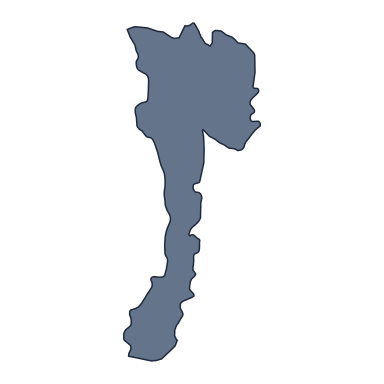 Ayutla, San Marcos, Guatemala (Equal Earth projection)
{"feature_id": "79465075B23985435861738", "entity_name": "Ayutla", "entity_type": "district", "adm_level": 2, "iso_a3": "GTM", "parent_name": "Guatemala", "parent_adm1": "San Marcos", "projection": "equal_earth", "projection_center": [-92.138, 14.706], "detail": "fine", "context": "isolated", "style": "filled", "palette": "slate", "viewbox_px": 384, "rotation_deg": 0, "n_neighbors": 0, "source": "geoboundaries", "source_scale": "gbopen_adm2", "svg_char_len": 4961}
<svg xmlns="http://www.w3.org/2000/svg" viewBox="0 0 384 384"><path d="M254.7,55.0L253.6,52.8L245.4,44.1L238.0,42.9L234.5,39.2L232.0,37.1L226.2,34.9L221.1,31.0L215.3,30.4L212.5,32.3L212.3,42.7L210.1,46.1L209.4,46.1L207.8,44.5L206.5,44.2L204.9,43.0L202.0,38.2L200.5,36.3L200.5,35.0L199.5,33.8L199.0,31.7L195.3,25.0L194.2,23.3L192.9,23.0L190.1,25.1L187.1,26.0L185.0,25.7L179.1,37.8L174.3,38.4L171.4,37.4L163.2,32.0L157.4,31.3L147.4,27.9L134.7,26.7L130.2,28.2L127.3,29.5L127.7,30.8L128.3,32.1L130.3,37.4L131.8,39.8L132.9,41.6L133.7,43.1L134.4,44.2L135.0,45.3L135.3,46.1L135.4,47.2L135.6,48.2L135.8,49.4L136.2,50.3L136.4,51.1L137.8,54.0L138.2,55.0L138.3,56.0L138.3,57.0L138.3,57.8L137.7,59.1L136.9,60.2L136.5,60.9L136.2,62.0L136.3,64.9L136.5,66.1L136.7,66.9L137.2,68.3L137.7,69.0L138.5,70.0L142.6,72.4L144.5,73.4L145.9,74.2L147.0,75.3L147.8,76.8L148.3,78.0L148.5,79.2L148.6,81.4L148.4,89.1L148.0,96.5L147.9,97.6L147.7,99.0L147.5,100.0L147.2,100.8L146.3,101.7L145.6,101.9L144.0,102.3L141.0,103.2L140.2,103.6L138.8,104.5L136.5,106.4L135.7,107.6L135.4,108.7L135.2,109.5L135.2,110.4L135.2,111.7L135.4,113.2L135.7,114.6L136.2,116.5L136.4,117.7L136.8,122.5L136.9,124.1L136.9,125.2L137.1,126.0L137.5,127.0L137.9,127.6L138.6,128.3L139.0,128.9L140.2,129.8L141.0,130.3L141.7,130.6L142.8,132.0L145.8,135.9L146.7,136.7L148.1,137.3L148.8,137.4L149.6,137.5L150.7,137.8L151.5,138.3L152.2,138.9L152.7,139.6L153.4,140.9L154.2,142.3L157.5,151.9L158.1,154.3L160.0,161.9L160.7,164.0L161.1,165.5L161.7,166.9L162.8,169.3L164.3,173.3L164.6,175.1L164.8,176.2L165.0,178.3L165.0,179.8L165.1,181.3L165.1,184.1L165.0,186.0L164.9,187.6L164.5,189.6L164.3,191.6L164.2,194.0L164.3,195.2L164.4,196.7L164.9,199.8L165.1,202.4L165.2,204.3L165.4,205.5L165.8,206.8L166.3,208.2L166.7,209.2L167.2,210.5L168.7,213.2L169.7,215.0L170.1,216.0L170.4,217.9L170.4,219.2L170.3,220.5L170.0,221.7L169.5,223.1L167.2,228.5L166.3,231.4L165.7,234.1L165.2,237.1L164.9,241.5L164.7,245.0L164.9,250.6L165.0,252.9L165.1,254.0L165.6,255.5L166.9,257.6L167.3,258.6L167.5,259.3L167.6,260.2L167.5,261.7L167.2,263.9L166.8,266.0L166.4,269.0L165.2,273.3L164.9,274.7L164.5,275.6L163.5,276.5L162.8,276.9L161.9,277.1L161.2,277.2L158.9,277.2L157.9,277.1L156.5,276.9L154.9,276.7L153.7,276.7L152.5,277.0L151.7,277.4L151.0,278.4L150.9,279.2L151.2,280.6L151.6,281.4L151.9,282.2L152.1,283.3L152.2,284.4L152.1,285.6L152.0,286.5L151.6,287.5L151.1,288.3L147.5,293.7L144.9,298.1L141.8,303.0L140.4,304.7L139.0,306.3L138.2,307.1L137.1,307.7L135.3,308.6L133.9,309.1L132.8,309.4L131.7,309.7L130.9,310.0L130.3,310.4L129.7,311.8L129.6,313.2L129.7,314.6L129.9,315.5L130.5,317.1L130.9,318.0L131.1,319.2L131.2,320.1L131.2,323.1L131.1,324.4L130.5,325.7L128.2,327.8L126.3,329.2L125.7,329.8L124.6,331.5L124.1,333.0L123.8,334.2L123.7,338.0L123.8,339.0L124.3,340.2L128.0,343.3L129.4,344.5L130.3,345.4L130.8,346.4L130.9,347.6L130.8,349.1L130.4,350.4L129.8,351.5L129.3,352.4L128.9,353.6L128.7,354.9L128.6,356.3L132.6,357.0L151.8,361.0L154.3,360.5L155.3,360.7L161.6,358.9L169.3,351.6L175.0,346.1L176.7,341.8L176.8,340.9L176.9,340.4L176.9,340.2L177.2,340.4L177.3,340.2L176.6,339.9L174.6,335.8L174.8,329.9L176.5,325.4L177.3,324.3L178.4,323.1L178.7,322.3L180.6,318.9L182.4,316.1L182.8,315.2L182.9,313.8L182.3,312.1L181.4,310.5L180.5,308.6L180.1,307.1L180.3,304.6L180.9,302.9L182.1,301.8L183.4,301.0L187.2,299.4L191.0,297.8L193.0,296.7L194.0,295.8L193.7,294.1L190.2,290.2L189.6,289.2L189.5,288.1L189.7,285.7L190.2,282.6L190.5,281.5L191.0,280.1L191.4,279.1L194.6,276.2L195.7,274.3L195.5,273.6L194.9,272.8L193.3,270.7L193.0,269.9L192.9,268.0L193.4,264.8L193.7,261.2L193.6,256.0L193.9,255.0L194.4,254.2L197.8,252.5L198.9,251.3L199.2,249.9L199.4,248.2L199.5,245.9L199.5,242.3L199.8,240.4L199.2,239.3L198.4,239.0L197.4,238.4L196.5,237.6L195.4,236.5L194.5,235.6L193.7,235.1L192.5,234.8L191.7,234.8L190.9,235.1L189.7,235.8L189.1,235.2L189.0,233.8L190.3,230.1L191.1,228.7L192.3,227.2L193.8,226.0L195.8,224.3L198.1,221.9L199.3,220.4L200.5,218.0L200.8,202.7L201.3,200.7L201.8,198.2L201.7,196.7L201.3,195.6L200.4,193.7L199.1,192.7L197.3,192.2L195.3,192.1L194.1,190.7L193.2,188.9L193.1,187.1L193.3,185.4L193.7,184.6L194.6,183.9L196.1,183.3L197.5,183.1L199.0,182.5L199.6,181.8L199.9,180.8L203.8,162.7L204.1,149.3L203.9,142.6L203.5,135.9L202.4,130.7L202.7,129.8L203.4,130.0L204.2,130.7L209.5,136.3L215.2,139.3L219.3,142.6L224.0,144.8L229.0,148.1L234.6,148.8L237.8,150.6L241.5,149.8L243.0,148.6L243.7,147.7L244.3,146.0L244.5,144.9L245.0,143.6L245.7,142.1L248.6,138.5L251.6,134.4L255.3,130.0L257.7,127.9L260.1,126.1L260.3,125.3L260.3,124.1L259.9,122.7L259.2,121.9L258.2,121.2L252.8,121.5L251.2,121.1L250.6,120.0L250.2,117.3L250.8,114.9L252.1,113.9L253.8,112.8L254.2,112.3L254.5,111.4L254.4,110.2L253.9,109.2L253.4,108.6L250.0,104.1L250.1,102.2L250.3,101.3L250.5,100.5L251.1,99.6L251.7,98.9L253.9,96.7L256.3,94.5L257.6,93.1L258.4,92.1L258.7,91.1L258.4,89.2L257.3,88.5L254.2,88.3L253.4,87.7L253.0,86.8L255.0,72.4L254.7,55.0Z" fill="#64748b" stroke="#1e293b" stroke-width="1.5"/></svg>